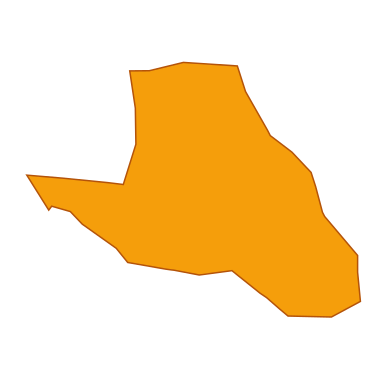 the district of Saintsagaan, Dundgovi, Mongolia, rotated 178°
{"feature_id": "93677404B78970568694360", "entity_name": "Saintsagaan", "entity_type": "district", "adm_level": 2, "iso_a3": "MNG", "parent_name": "Mongolia", "parent_adm1": "Dundgovi", "projection": "natural_earth1", "projection_center": [106.311, 45.756], "detail": "fine", "context": "isolated", "style": "filled", "palette": "amber", "viewbox_px": 384, "rotation_deg": 178, "n_neighbors": 0, "source": "geoboundaries", "source_scale": "gbopen_adm2", "svg_char_len": 623}
<svg xmlns="http://www.w3.org/2000/svg" viewBox="0 0 384 384"><g transform="rotate(178 192 192)"><path d="M28.7,122.8L60.3,162.9L62.3,167.1L68.2,192.9L72.3,207.4L90.7,228.3L111.8,245.6L114.4,251.1L135.0,290.5L142.3,316.4L196.1,321.8L230.5,314.7L250.0,315.2L245.7,277.8L246.4,241.7L260.4,201.9L274.5,204.1L320.4,210.3L356.5,214.6L335.8,178.9L332.7,182.7L314.3,176.7L302.8,163.7L269.7,138.4L258.7,123.8L221.3,115.9L215.6,114.9L212.8,114.5L187.7,108.8L154.8,112.0L148.7,106.7L127.3,88.3L121.2,83.9L108.5,72.0L100.4,64.7L57.0,62.2L27.5,76.8L29.3,106.1L28.7,122.8Z" fill="#f59e0b" stroke="#b45309" stroke-width="1.5"/></g></svg>